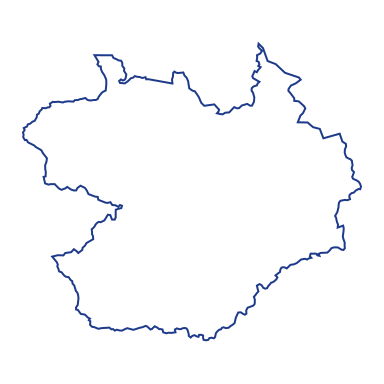 outline of Santa Maria, Rio Grande do Sul, Brazil
{"feature_id": "56859067B70904349952345", "entity_name": "Santa Maria", "entity_type": "district", "adm_level": 2, "iso_a3": "BRA", "parent_name": "Brazil", "parent_adm1": "Rio Grande do Sul", "projection": "robinson", "projection_center": [-53.836, -29.777], "detail": "fine", "context": "isolated", "style": "outline", "palette": "blue", "viewbox_px": 384, "rotation_deg": 0, "n_neighbors": 0, "source": "geoboundaries", "source_scale": "gbopen_adm2", "svg_char_len": 5618}
<svg xmlns="http://www.w3.org/2000/svg" viewBox="0 0 384 384"><path d="M72.6,283.8L74.2,285.3L75.9,291.0L77.3,292.6L78.0,294.6L78.5,298.3L77.7,305.0L76.0,307.5L76.1,309.5L77.9,309.9L79.3,311.9L80.8,313.9L84.9,314.6L88.2,317.8L89.9,318.6L88.8,320.2L90.3,321.2L90.1,324.9L91.9,326.7L94.4,327.2L98.4,328.8L101.1,328.2L103.1,328.0L107.0,327.8L109.3,327.6L111.4,329.3L113.1,329.1L114.8,330.6L116.7,329.7L119.9,330.5L122.0,330.6L124.4,329.4L127.1,328.2L128.8,328.6L133.2,329.8L135.1,329.3L140.0,327.7L142.2,327.3L145.6,325.9L147.2,326.5L150.4,329.5L152.0,328.9L154.7,326.3L157.6,327.8L159.1,329.1L160.8,329.1L162.5,329.5L163.2,332.3L166.4,333.3L168.5,332.7L171.2,332.9L173.5,332.6L175.5,332.3L174.9,329.5L176.9,328.4L179.0,329.1L181.0,329.1L182.5,328.3L184.4,328.0L186.3,328.3L187.5,329.8L188.1,331.9L188.7,334.0L188.8,335.9L190.7,337.5L192.4,335.8L194.7,335.2L196.6,336.4L198.5,336.8L199.0,334.9L201.1,334.8L203.1,335.5L203.1,338.0L203.6,339.8L206.2,340.3L208.3,339.8L209.4,338.1L211.6,337.7L213.9,338.3L215.1,337.0L215.5,335.1L215.9,333.2L217.4,331.3L219.2,329.7L220.9,329.4L222.0,327.8L223.6,327.3L225.8,328.1L228.5,327.8L230.6,326.0L232.7,324.7L234.5,323.2L235.2,320.6L235.8,317.7L238.2,312.5L240.7,312.3L243.1,313.9L244.9,314.7L246.4,313.7L246.2,310.4L247.6,307.7L250.4,306.7L253.3,305.6L254.6,304.0L254.8,302.1L254.8,299.5L253.9,296.8L255.2,295.4L256.4,293.7L258.4,291.4L257.6,288.7L256.9,285.6L259.5,284.1L261.6,285.2L263.3,287.8L265.2,288.7L267.2,288.1L268.2,286.0L269.6,284.7L271.1,282.7L273.0,282.1L274.4,281.1L276.3,279.4L277.4,277.4L275.5,275.4L276.8,274.4L278.4,273.1L280.0,272.0L280.3,269.7L281.4,267.7L283.0,267.2L284.9,267.5L286.8,268.4L290.5,264.8L293.6,264.4L296.7,263.1L301.1,259.5L304.9,258.8L307.2,259.5L308.6,258.5L311.3,257.8L309.9,256.3L310.6,253.7L315.9,253.6L317.5,255.4L319.4,255.8L318.5,253.9L320.9,252.9L327.4,252.6L329.4,250.7L331.5,248.1L333.9,247.4L337.8,247.4L341.4,249.6L343.4,250.0L344.8,248.4L344.6,245.1L344.7,242.5L343.5,239.3L342.8,236.5L343.2,233.6L343.6,230.6L343.7,228.1L343.1,225.6L337.7,227.6L338.0,224.4L337.1,222.4L336.5,220.0L336.1,217.7L335.1,216.0L336.0,214.4L337.4,211.9L338.0,209.2L338.5,207.4L338.6,205.2L339.0,202.6L340.4,200.8L342.8,200.3L344.8,199.9L347.3,200.2L350.0,199.2L349.3,196.8L349.6,194.9L351.5,193.2L353.8,192.6L355.7,190.6L358.4,189.0L360.2,189.2L361.0,186.5L360.0,183.7L358.9,182.0L357.1,180.6L355.1,179.7L353.2,178.9L352.2,177.0L353.2,174.4L354.0,172.1L352.0,170.0L351.7,168.0L352.6,165.1L352.2,163.2L351.9,160.7L350.2,159.1L348.6,158.5L346.4,157.3L345.3,154.7L344.7,152.6L344.9,149.4L346.1,146.5L345.9,143.9L342.4,141.6L339.7,133.7L323.4,138.3L319.8,128.9L313.1,127.2L309.2,123.9L307.7,122.5L297.8,122.3L300.4,115.6L303.0,113.1L305.3,108.4L304.0,106.1L298.9,101.5L297.1,101.1L294.3,100.9L294.2,98.2L292.5,95.9L289.7,92.3L288.4,90.9L288.6,88.9L291.0,85.5L295.7,83.4L300.7,79.7L298.9,77.5L285.0,72.8L275.7,64.1L267.6,61.0L263.0,48.1L258.6,43.7L258.1,46.5L259.2,48.1L262.0,50.9L260.2,53.6L257.0,55.2L257.2,57.5L256.6,61.0L258.6,61.8L259.4,64.4L258.3,66.0L260.6,67.1L258.0,70.2L256.8,72.2L254.6,71.1L252.3,76.3L253.0,78.1L259.4,81.8L257.6,83.5L256.9,85.4L253.6,86.4L251.7,88.2L251.6,90.7L253.0,92.7L254.3,97.3L254.0,101.7L252.0,105.7L250.2,105.7L247.2,103.9L241.8,105.5L239.1,108.1L236.8,108.3L234.2,107.1L229.2,112.4L225.2,112.7L222.8,114.3L220.4,114.1L217.0,113.3L218.4,111.6L219.1,109.7L217.0,107.4L214.3,104.4L204.3,105.8L201.4,103.0L200.3,100.7L199.1,97.7L198.1,96.0L196.5,93.6L194.7,91.2L192.5,90.7L189.3,88.4L188.6,84.5L188.1,81.0L186.4,77.4L184.6,75.7L183.3,72.5L180.4,72.8L177.6,73.0L175.9,72.6L174.4,71.6L173.2,72.8L172.9,76.8L172.0,79.4L172.4,83.5L150.6,79.6L148.3,79.2L146.2,79.3L145.5,77.2L142.5,78.0L139.6,77.0L137.2,76.8L134.8,76.1L133.4,77.5L130.8,78.3L128.5,80.7L126.4,82.3L124.8,83.4L121.9,83.1L120.1,83.0L119.1,81.0L121.0,79.4L122.8,80.5L124.6,79.8L125.6,78.3L126.3,74.4L124.0,70.9L124.3,68.3L122.4,66.1L122.2,62.6L121.0,60.7L118.6,60.4L116.5,59.2L113.5,58.0L112.1,55.3L94.5,55.2L98.5,61.8L97.4,64.4L99.0,66.3L100.8,66.5L100.9,69.0L102.2,72.1L104.2,75.0L105.1,77.1L106.0,79.0L106.3,80.9L106.3,84.7L105.7,90.5L102.9,91.9L101.4,93.2L98.7,96.8L97.8,98.9L95.9,100.0L93.6,100.0L91.6,100.4L89.2,100.4L87.3,99.8L85.4,98.0L83.7,98.4L81.7,99.0L79.9,99.2L78.0,100.0L74.7,100.2L73.5,101.6L68.2,101.3L64.5,101.8L62.9,102.5L58.3,101.7L54.5,102.1L52.8,101.8L49.9,103.7L50.5,105.8L49.3,107.3L47.5,107.4L46.0,108.2L42.3,108.0L41.5,109.7L39.8,111.1L38.7,113.7L37.0,114.7L36.7,117.4L35.6,119.2L34.7,120.8L32.5,121.7L30.1,123.7L27.8,124.4L27.0,126.5L23.8,128.0L24.6,130.0L23.0,132.5L23.6,134.7L23.2,137.2L24.9,140.1L26.5,139.9L28.1,142.4L34.1,145.4L35.9,147.1L41.3,150.2L43.0,153.3L46.9,158.2L46.4,162.1L45.1,165.3L45.3,169.6L45.8,171.9L45.6,176.4L43.6,176.9L45.1,183.4L48.5,184.6L50.7,184.1L54.7,184.1L56.0,185.5L57.5,187.0L59.1,188.6L61.5,189.8L65.3,188.4L67.2,186.9L70.8,189.4L73.8,190.5L76.2,190.4L77.5,187.9L80.5,185.7L84.8,187.8L86.6,190.2L88.5,194.1L95.1,196.6L97.7,196.9L98.3,199.7L100.3,200.6L105.7,202.7L107.6,202.9L110.4,202.2L112.3,205.0L115.5,205.3L118.2,206.8L120.0,205.0L122.0,205.8L121.3,208.1L118.8,208.7L115.8,209.7L115.7,211.8L115.7,217.5L114.7,219.6L112.0,219.6L110.3,215.1L107.9,214.7L104.4,220.4L100.7,222.2L98.6,221.9L97.1,222.9L95.5,224.6L94.5,226.6L93.1,228.1L91.7,229.3L92.0,231.5L92.1,234.4L93.0,236.1L93.2,239.2L86.5,243.0L85.1,245.5L82.6,247.8L82.3,249.9L78.3,253.0L76.5,251.1L73.9,249.2L71.1,252.2L65.3,253.0L63.4,255.4L57.9,255.2L52.2,256.6L56.8,262.2L57.8,264.5L57.3,266.4L58.4,268.8L59.1,271.4L61.6,272.3L64.2,275.5L65.8,276.7L68.7,277.2L70.5,279.9L72.2,281.1L72.6,283.8Z" fill="none" stroke="#1e3a8a" stroke-width="2"/></svg>